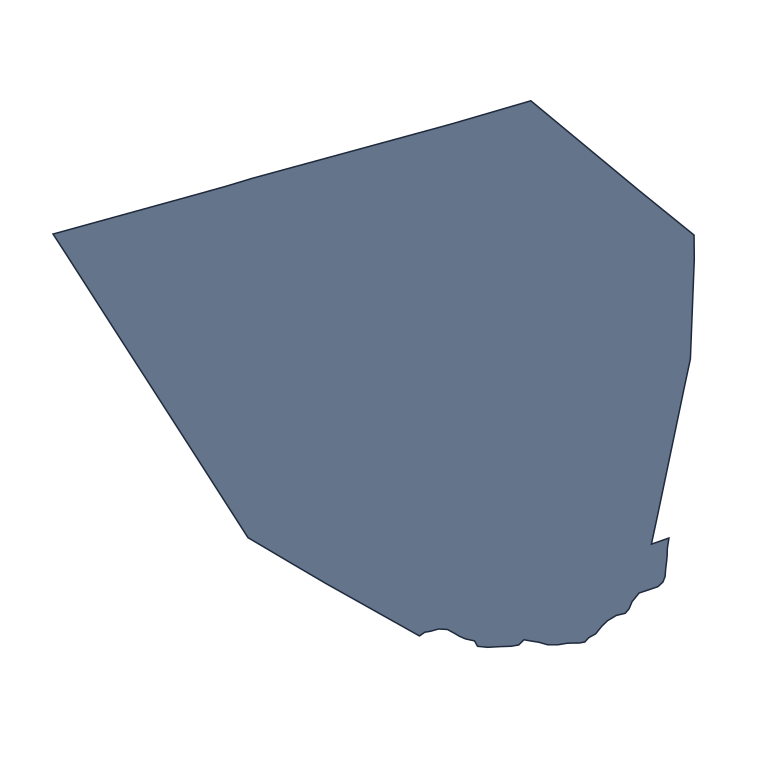 outline of Peritoró, Maranhão, Brazil, rotated 176°
{"feature_id": "56859067B28886236546513", "entity_name": "Peritoró", "entity_type": "district", "adm_level": 2, "iso_a3": "BRA", "parent_name": "Brazil", "parent_adm1": "Maranhão", "projection": "mercator", "projection_center": [-44.323, -4.413], "detail": "fine", "context": "isolated", "style": "filled", "palette": "slate", "viewbox_px": 768, "rotation_deg": 176, "n_neighbors": 0, "source": "geoboundaries", "source_scale": "gbopen_adm2", "svg_char_len": 933}
<svg xmlns="http://www.w3.org/2000/svg" viewBox="0 0 768 768"><g transform="rotate(176 384 384)"><path d="M110.5,210.5L128.4,205.6L120.2,234.0L90.6,338.6L84.6,359.9L76.6,387.6L72.8,422.4L65.8,486.4L64.3,510.9L117.0,560.1L217.8,656.3L299.6,638.5L500.6,598.5L528.7,592.1L560.0,585.7L703.7,556.7L692.3,536.1L649.4,457.6L616.9,398.4L581.9,334.5L530.4,240.2L488.3,211.2L456.0,189.1L366.2,130.2L360.7,133.5L354.7,134.1L346.7,135.8L337.9,134.7L330.8,130.2L326.2,127.0L320.4,124.0L311.6,121.4L309.0,115.8L299.1,114.1L286.2,113.9L275.3,113.5L267.8,114.3L262.2,119.1L255.1,117.3L247.6,115.6L238.8,112.4L228.8,111.7L219.5,112.6L213.4,112.4L207.3,112.0L201.7,112.6L197.4,116.7L190.3,120.0L183.6,127.2L177.5,132.3L168.5,136.9L159.4,138.4L155.3,142.5L151.7,149.6L144.1,157.7L132.5,160.7L124.9,162.7L119.6,166.9L117.0,172.4L115.9,179.8L114.4,187.6L113.5,193.0L112.8,200.3L110.5,210.5Z" fill="#64748b" stroke="#1e293b" stroke-width="1.5"/></g></svg>